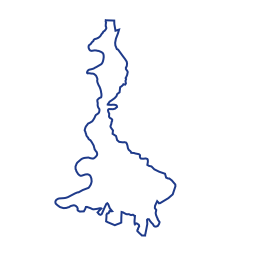 the district of Kum Hamada, Al Buhayrah, Egypt, rotated 199°
{"feature_id": "37247803B37481118609375", "entity_name": "Kum Hamada", "entity_type": "district", "adm_level": 2, "iso_a3": "EGY", "parent_name": "Egypt", "parent_adm1": "Al Buhayrah", "projection": "albers", "projection_center": [30.747, 30.655], "detail": "fine", "context": "isolated", "style": "outline", "palette": "blue", "viewbox_px": 256, "rotation_deg": 199, "n_neighbors": 0, "source": "geoboundaries", "source_scale": "gbopen_adm2", "svg_char_len": 5847}
<svg xmlns="http://www.w3.org/2000/svg" viewBox="0 0 256 256"><g transform="rotate(199 128 128)"><path d="M97.7,99.4L98.1,102.0L98.4,103.1L99.0,104.4L99.6,105.0L101.3,105.0L103.6,103.9L105.8,103.3L106.5,103.6L107.0,104.1L107.5,104.9L107.7,106.0L108.2,106.5L109.3,106.8L112.7,106.3L114.2,106.3L116.9,105.6L117.5,106.4L118.3,106.9L120.2,107.6L121.5,108.9L122.8,111.2L124.1,112.9L125.1,113.6L126.9,113.4L128.0,112.8L131.8,112.0L134.3,113.0L136.7,116.5L140.7,117.5L141.4,120.8L143.2,122.0L144.5,123.0L145.0,123.7L145.2,124.0L145.1,126.1L145.5,128.8L145.3,129.4L145.5,130.1L145.7,130.8L146.8,131.4L148.1,131.5L149.3,132.2L149.7,132.7L150.4,135.4L151.9,136.9L152.6,138.1L152.7,139.0L152.2,139.7L148.3,140.9L146.6,142.0L145.2,144.3L145.9,145.4L146.6,145.7L147.9,145.6L148.7,145.5L150.1,145.0L150.6,144.8L151.4,144.4L154.5,143.5L155.7,143.5L154.8,143.7L154.0,146.9L152.5,148.8L150.4,151.8L149.3,154.2L149.2,156.7L147.6,159.0L148.7,164.0L147.7,165.3L146.7,167.1L146.6,167.9L144.8,168.1L144.5,169.4L145.7,171.7L145.7,173.7L146.5,174.4L146.2,176.1L146.1,178.2L146.3,179.2L146.4,180.5L146.8,181.3L149.2,183.1L149.7,184.6L149.3,185.6L149.5,187.0L149.9,188.7L150.8,190.3L153.2,192.2L156.6,194.5L162.9,198.9L164.3,199.0L165.8,200.8L166.8,201.9L167.9,204.4L168.5,208.5L168.3,214.3L168.4,215.9L168.5,218.1L171.5,215.9L174.8,221.9L176.0,225.1L183.5,222.8L184.1,222.7L183.9,222.0L183.7,221.2L183.0,220.4L182.9,219.2L182.6,218.3L182.4,217.6L182.3,217.1L181.9,216.8L181.0,215.4L181.1,214.2L181.6,212.6L182.1,211.8L182.6,211.2L182.8,210.8L182.8,209.8L183.1,209.4L183.4,208.6L183.6,207.9L183.8,207.3L183.9,206.6L184.1,205.9L184.5,205.1L184.8,204.6L185.5,203.5L186.0,203.2L186.3,202.8L186.8,202.3L188.3,201.3L189.0,200.4L189.1,199.9L189.1,199.3L189.1,198.9L189.2,198.7L189.6,198.1L190.1,197.2L190.3,196.6L190.3,196.0L190.7,195.2L191.2,194.4L191.7,193.8L191.9,193.0L191.7,191.8L191.2,190.8L190.2,189.7L189.5,189.2L188.9,189.0L188.0,189.0L187.5,189.1L184.9,190.5L184.2,190.7L183.0,191.0L182.2,191.0L181.0,191.3L180.3,191.3L178.5,191.2L177.3,191.0L176.2,190.6L175.6,190.1L174.8,189.0L174.0,187.0L173.9,186.3L173.6,184.9L173.4,182.7L173.5,181.3L173.7,180.6L174.0,179.7L177.7,175.4L178.9,174.2L179.6,173.3L180.1,172.8L182.0,171.5L183.7,170.5L184.3,169.8L184.7,169.0L184.8,168.1L184.9,167.6L184.8,167.1L184.5,166.7L184.4,166.6L184.0,166.5L183.2,166.9L182.3,167.2L180.0,167.6L179.6,167.8L178.9,168.0L177.9,168.0L177.3,167.9L176.1,167.4L175.3,167.1L174.7,166.5L174.3,166.1L173.6,165.3L173.1,164.7L172.7,163.8L172.6,162.8L172.0,161.6L170.9,160.2L169.4,158.6L168.5,157.9L166.9,156.0L166.3,155.1L165.8,154.4L165.4,153.7L164.9,152.7L164.3,151.7L163.8,150.5L163.6,149.8L163.4,148.8L163.4,148.3L163.7,147.9L164.2,147.6L164.7,147.1L165.1,146.6L165.6,145.7L166.0,144.7L166.1,144.4L165.4,142.7L165.1,142.5L164.6,141.3L164.3,140.2L164.0,139.4L163.3,138.3L162.7,137.6L161.3,136.6L161.1,136.3L160.8,135.6L160.6,134.7L160.5,133.7L160.5,133.2L160.8,132.3L161.3,131.5L162.1,130.5L162.6,129.8L162.8,129.1L162.9,127.5L163.1,126.0L163.3,125.1L163.8,123.2L164.2,122.4L164.8,121.7L165.8,120.5L167.1,119.3L167.3,118.9L167.6,117.8L168.2,116.1L168.4,115.0L168.4,113.9L168.3,112.3L168.1,111.5L167.5,111.0L166.9,110.3L166.5,109.6L165.6,108.6L165.2,107.8L164.7,107.2L164.1,106.7L163.6,106.4L162.6,105.9L162.3,105.6L162.1,105.1L161.4,104.7L160.6,104.4L159.6,104.2L158.3,103.3L157.3,102.5L154.7,100.2L153.9,98.9L152.9,97.5L152.5,96.8L151.9,96.5L150.7,95.5L150.0,95.2L149.7,95.0L149.5,94.7L149.2,94.3L148.9,93.8L148.6,93.2L148.5,92.0L148.7,91.4L149.4,89.7L150.6,88.0L151.4,87.6L153.0,87.3L154.3,87.2L155.8,87.2L157.4,86.5L159.3,85.6L160.4,84.9L161.6,83.8L162.2,83.0L164.7,78.7L164.9,77.7L165.0,77.2L165.0,75.8L165.1,74.6L164.9,74.0L164.2,72.1L163.6,71.6L162.7,70.3L160.1,68.2L158.4,67.5L157.2,67.4L156.3,67.8L153.3,70.1L152.3,70.6L151.4,71.0L150.7,71.1L149.8,71.1L148.4,70.7L147.6,70.0L146.2,68.3L145.0,65.7L144.9,64.9L144.8,63.9L144.8,62.8L144.8,62.2L145.0,61.4L145.3,60.0L145.8,58.6L150.6,54.6L153.8,51.1L154.9,50.6L156.8,48.9L161.7,43.7L162.5,42.9L164.1,41.7L165.6,40.9L170.1,39.0L171.2,38.2L172.4,36.7L172.7,35.4L172.6,34.4L172.4,34.0L172.0,33.3L171.6,32.9L169.0,31.8L168.3,31.7L167.1,31.2L166.2,31.1L163.6,31.2L162.7,31.3L160.4,32.3L159.8,32.7L159.1,33.3L158.1,33.9L157.0,35.3L156.6,35.7L154.3,37.2L153.5,37.4L152.6,37.4L151.9,37.3L151.4,37.0L150.6,36.7L150.2,36.5L149.6,35.7L149.3,35.4L149.1,34.6L149.1,34.2L148.6,33.7L147.3,33.4L146.4,33.3L142.6,34.8L142.1,37.5L142.1,39.6L141.2,40.0L138.4,40.0L137.4,40.0L135.2,39.7L134.0,39.9L130.7,41.6L128.8,42.8L127.5,43.3L127.0,43.2L127.9,41.3L128.5,40.3L128.9,39.0L129.3,38.3L128.7,37.9L127.4,37.1L127.1,37.0L125.9,36.9L125.1,37.6L124.9,37.9L124.8,38.3L124.7,39.1L124.6,40.7L124.3,44.5L123.8,49.1L123.1,50.1L122.8,49.9L122.2,49.7L121.3,48.8L119.1,46.2L115.9,44.2L117.1,43.6L118.0,44.0L118.5,43.3L118.6,41.1L119.9,40.4L120.1,38.8L119.5,37.2L118.3,32.6L116.3,32.3L108.8,31.8L107.1,33.3L104.9,35.1L103.6,36.4L105.2,41.3L106.7,46.5L105.1,46.6L103.9,46.3L101.8,46.0L100.9,46.1L99.1,46.8L98.7,46.8L97.9,46.7L97.3,46.6L96.7,46.7L95.1,47.6L93.6,47.2L93.4,47.0L92.8,47.1L91.8,43.1L91.3,41.4L90.5,39.6L90.1,39.7L89.9,39.4L89.5,40.3L88.9,40.6L88.5,40.6L86.5,40.1L86.0,39.7L85.4,38.6L85.7,37.2L85.8,36.0L85.6,35.3L85.9,34.7L85.7,33.7L85.1,33.3L84.2,32.9L82.6,32.1L81.5,31.7L79.9,30.9L76.8,31.9L77.1,33.0L77.1,33.9L77.3,35.1L77.7,38.2L78.5,43.5L80.1,47.4L79.7,48.2L78.4,48.5L77.1,47.4L74.9,46.0L73.3,45.3L71.7,43.9L70.8,43.6L69.6,43.8L69.3,44.0L68.0,45.0L67.7,46.2L67.4,47.4L67.5,49.3L69.0,50.4L70.2,51.3L70.4,51.9L70.7,52.1L70.9,52.4L71.3,52.7L72.0,53.5L73.2,54.9L74.0,56.3L74.2,56.8L74.6,59.7L76.4,60.9L76.6,61.2L77.1,63.2L76.6,68.3L76.1,68.0L75.1,67.6L74.3,66.9L73.2,67.4L67.0,74.8L64.1,79.8L64.2,88.4L64.9,90.0L69.5,92.7L72.5,93.7L73.6,93.3L75.8,93.5L78.1,96.8L84.2,96.8L89.7,97.5L93.3,99.3L95.8,99.0L97.7,99.4Z" fill="none" stroke="#1e3a8a" stroke-width="2"/></g></svg>